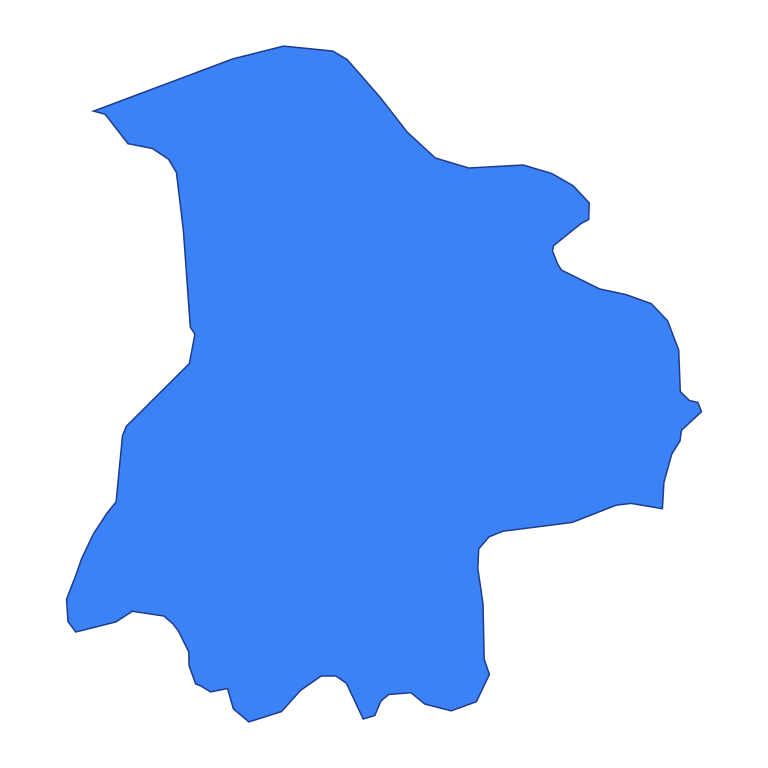 San Juan Tecuaco, Santa Rosa, Guatemala (Robinson projection)
{"feature_id": "79465075B56577131945853", "entity_name": "San Juan Tecuaco", "entity_type": "district", "adm_level": 2, "iso_a3": "GTM", "parent_name": "Guatemala", "parent_adm1": "Santa Rosa", "projection": "robinson", "projection_center": [-90.267, 14.073], "detail": "fine", "context": "isolated", "style": "filled", "palette": "blue", "viewbox_px": 768, "rotation_deg": 0, "n_neighbors": 0, "source": "geoboundaries", "source_scale": "gbopen_adm2", "svg_char_len": 1188}
<svg xmlns="http://www.w3.org/2000/svg" viewBox="0 0 768 768"><path d="M476.4,701.7L489.4,674.4L484.2,659.2L483.0,603.7L477.8,568.2L478.7,548.9L489.1,536.8L503.0,531.2L572.2,522.4L616.1,505.2L631.0,503.4L662.4,508.7L663.9,482.5L671.8,454.0L680.0,440.9L681.5,430.2L701.5,411.7L697.8,402.4L689.4,400.5L680.3,391.6L678.7,350.0L667.6,320.8L651.3,303.7L626.0,294.6L599.5,288.9L561.5,270.1L557.8,264.3L552.5,251.1L553.6,245.6L581.1,223.5L588.7,219.5L589.2,202.9L573.3,185.9L552.0,173.6L523.2,165.0L468.7,168.0L435.3,158.0L407.2,132.1L380.2,97.4L347.2,59.6L332.9,51.1L283.5,46.1L232.7,58.9L93.5,111.1L105.1,114.2L128.0,143.7L152.4,148.5L168.6,159.3L176.4,172.4L183.4,230.4L190.3,327.2L194.9,334.1L189.4,363.5L126.3,426.3L122.5,435.7L116.1,501.8L106.9,513.3L93.5,533.7L81.7,558.5L76.4,573.7L66.5,599.4L68.0,621.5L75.7,632.0L115.9,621.9L132.3,611.3L163.9,616.0L173.2,624.1L178.6,631.4L188.8,652.0L189.1,665.8L195.6,683.9L200.9,686.0L210.6,691.9L227.5,688.5L233.4,708.9L248.9,721.9L281.5,711.6L300.4,690.5L321.1,676.0L336.0,676.0L346.5,683.4L363.2,719.0L374.8,715.5L380.9,701.1L388.7,694.5L411.0,692.7L424.8,704.1L451.2,710.8L476.4,701.7Z" fill="#3b82f6" stroke="#1e3a8a" stroke-width="1.5"/></svg>